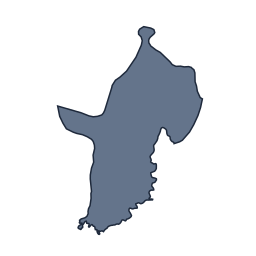 Santiago Atitlán, Sololá, Guatemala, rotated 159°
{"feature_id": "79465075B45388350866104", "entity_name": "Santiago Atitlán", "entity_type": "district", "adm_level": 2, "iso_a3": "GTM", "parent_name": "Guatemala", "parent_adm1": "Sololá", "projection": "mercator", "projection_center": [-91.211, 14.599], "detail": "fine", "context": "isolated", "style": "filled", "palette": "slate", "viewbox_px": 256, "rotation_deg": 159, "n_neighbors": 0, "source": "geoboundaries", "source_scale": "gbopen_adm2", "svg_char_len": 4159}
<svg xmlns="http://www.w3.org/2000/svg" viewBox="0 0 256 256"><g transform="rotate(159 128 128)"><path d="M77.0,217.0L81.7,216.1L83.6,214.4L84.5,211.7L83.1,208.4L83.4,204.4L85.9,200.5L95.2,191.2L109.0,181.6L117.2,178.4L122.6,177.1L127.5,173.4L128.8,171.4L143.4,152.8L145.7,150.7L147.8,149.6L152.2,149.8L156.4,150.9L160.1,153.3L163.8,156.7L166.2,158.9L185.8,173.7L187.6,163.3L187.0,155.8L185.8,149.3L180.7,143.8L177.8,141.3L172.9,138.1L169.1,134.4L166.1,130.5L165.3,127.9L165.5,124.1L166.5,120.8L170.3,115.2L172.3,108.4L176.4,103.7L180.0,97.7L181.5,93.9L184.8,81.8L186.1,80.1L187.7,75.5L191.3,69.1L193.8,66.8L195.2,64.5L195.9,62.3L198.1,60.2L200.5,59.6L204.3,59.9L206.3,59.2L206.3,58.6L206.6,57.7L207.2,57.4L207.3,56.6L206.6,56.2L205.2,55.7L205.4,54.9L206.2,54.7L207.1,54.6L207.8,54.5L208.7,54.3L209.4,53.9L210.0,53.3L210.4,52.7L210.2,52.0L209.8,51.5L208.5,50.2L207.9,50.4L207.5,50.9L206.9,51.2L206.2,51.2L205.7,51.8L205.6,52.4L205.5,53.1L205.0,53.8L203.9,54.4L202.6,55.4L201.8,55.9L201.1,56.1L200.3,55.9L200.4,55.1L200.5,54.4L200.6,53.8L199.8,53.3L198.8,52.9L198.8,52.2L199.0,51.7L199.4,51.1L200.2,50.0L199.9,49.4L199.4,49.5L197.2,50.7L196.4,50.8L195.9,50.3L195.8,49.5L195.5,48.7L194.8,48.3L194.5,47.7L194.5,47.0L194.8,46.0L194.9,44.8L194.0,44.6L193.5,44.2L193.7,43.6L193.9,42.7L194.0,41.8L194.0,40.8L193.8,40.0L193.5,39.3L193.0,39.0L192.3,39.3L192.3,40.2L192.3,40.9L192.5,41.9L192.4,42.5L191.7,42.2L191.3,41.7L190.8,41.4L189.7,41.4L189.1,41.3L188.6,40.7L188.0,40.0L187.4,40.5L186.6,41.0L185.8,41.4L185.1,41.6L184.5,41.8L183.6,41.9L182.8,42.5L181.8,43.1L180.9,43.2L180.3,43.2L179.3,43.2L178.1,43.0L177.2,42.7L176.4,42.7L175.7,42.4L174.7,42.2L173.8,42.4L173.1,42.4L172.1,42.1L171.4,41.6L170.7,41.6L169.8,41.8L169.1,42.2L168.5,42.5L168.1,42.9L167.5,43.4L167.0,43.9L166.4,44.2L165.8,44.1L165.3,43.8L164.1,42.5L163.5,42.2L162.8,42.6L162.1,43.3L161.1,43.3L160.5,43.2L159.9,43.3L159.1,43.4L158.3,43.6L157.7,43.8L156.8,44.2L156.1,45.1L156.2,46.1L156.3,47.4L156.4,48.0L156.6,48.7L156.7,49.6L156.8,50.4L156.5,51.2L156.0,52.0L155.2,52.5L154.1,52.1L153.6,51.4L152.9,50.9L152.1,50.7L151.5,50.7L150.6,50.7L149.7,50.4L148.3,49.9L147.9,50.3L147.7,51.1L147.7,51.7L147.8,52.3L148.1,53.1L148.1,54.0L147.8,54.5L146.9,54.4L146.3,54.4L145.5,54.5L144.7,54.3L144.1,53.6L143.3,52.8L142.4,52.6L141.6,52.6L141.0,52.7L140.0,53.0L138.5,53.8L137.7,54.1L136.6,54.1L136.0,54.0L135.3,53.6L134.7,53.4L130.9,52.1L130.5,52.6L131.2,53.1L132.0,53.5L133.3,54.0L133.6,54.6L133.0,55.2L132.1,55.5L131.6,56.2L131.7,59.8L131.4,60.4L130.9,61.0L130.4,61.4L129.1,61.7L128.3,61.6L127.6,61.3L126.8,61.0L126.1,61.0L125.9,61.9L125.9,62.5L126.0,63.2L126.4,64.4L126.6,65.3L126.3,66.2L125.1,67.7L124.4,67.8L123.6,67.7L123.0,67.7L122.4,67.7L121.7,68.1L120.0,69.4L119.7,70.4L120.3,71.1L121.1,71.8L122.9,73.0L123.4,73.9L123.4,74.7L123.2,76.2L123.1,77.3L122.7,78.1L121.8,78.1L119.5,78.1L118.6,78.1L117.8,78.6L117.0,79.1L116.1,80.0L115.2,82.2L114.8,83.3L114.6,84.3L115.1,84.9L115.9,85.0L117.0,85.3L117.5,86.1L117.9,86.7L118.5,87.2L119.0,88.2L118.5,88.9L118.0,89.4L117.8,90.1L117.7,90.8L117.8,91.5L117.8,92.4L117.7,93.3L117.3,93.8L116.5,94.4L115.9,94.7L115.1,95.1L114.3,95.5L113.5,95.9L112.8,96.4L112.3,96.9L111.8,97.5L111.5,98.1L111.2,98.9L111.0,100.0L110.5,102.1L110.0,102.8L109.4,103.2L108.8,103.5L107.9,104.1L106.9,104.8L106.0,105.4L105.3,106.0L104.8,106.6L104.1,107.4L103.7,108.1L103.4,108.8L102.9,109.5L102.2,110.1L101.6,110.6L100.8,111.4L99.9,112.3L99.3,113.0L98.8,113.6L98.2,114.7L97.0,115.9L96.3,116.1L95.5,116.1L94.9,115.7L94.3,115.1L93.8,114.4L93.1,113.2L92.9,112.2L93.0,111.4L93.2,110.8L93.4,109.9L93.7,108.8L93.7,107.3L93.4,106.6L92.7,105.9L92.2,105.4L92.0,104.7L92.1,103.9L92.3,103.3L92.5,102.5L92.4,101.5L92.1,100.4L91.6,99.4L91.1,99.0L90.4,98.0L90.6,96.9L84.7,96.6L81.6,97.1L72.0,102.2L65.4,107.6L58.2,114.6L53.0,121.0L48.1,128.5L49.7,130.5L50.1,137.4L49.0,142.7L48.8,147.1L45.8,155.5L45.6,158.9L46.8,160.7L47.1,161.8L49.4,163.6L53.6,164.9L56.8,166.9L61.2,168.4L63.3,170.6L64.0,171.3L65.0,174.6L70.8,187.0L74.1,191.0L76.6,195.2L77.2,195.9L78.0,199.9L77.4,202.2L76.3,203.7L74.7,204.8L69.9,206.6L68.8,207.5L68.6,210.6L70.9,213.1L77.0,217.0Z" fill="#64748b" stroke="#1e293b" stroke-width="1.5"/></g></svg>